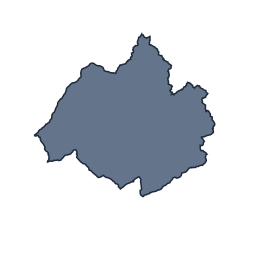 outline of Langkho, Shan, Myanmar, rotated 233°
{"feature_id": "60261553B57199101523672", "entity_name": "Langkho", "entity_type": "district", "adm_level": 2, "iso_a3": "MMR", "parent_name": "Myanmar", "parent_adm1": "Shan", "projection": "albers", "projection_center": [98.032, 20.27], "detail": "fine", "context": "isolated", "style": "filled", "palette": "slate", "viewbox_px": 256, "rotation_deg": 233, "n_neighbors": 0, "source": "geoboundaries", "source_scale": "gbopen_adm2", "svg_char_len": 5857}
<svg xmlns="http://www.w3.org/2000/svg" viewBox="0 0 256 256"><g transform="rotate(233 128 128)"><path d="M107.5,212.5L109.2,212.0L110.1,212.1L111.1,212.7L111.2,212.3L113.0,211.5L114.3,211.2L116.7,209.8L117.4,210.3L118.7,210.3L118.8,209.6L120.1,209.3L120.3,208.3L120.1,206.5L120.3,205.6L119.9,205.2L120.9,205.1L121.2,204.6L122.5,204.7L123.2,205.3L123.6,205.0L124.5,204.9L125.2,204.6L126.0,204.8L127.0,203.9L127.6,204.0L127.7,203.2L128.6,202.9L128.2,202.2L128.0,201.3L126.9,200.4L127.1,199.8L126.5,198.7L127.1,197.3L126.2,195.5L126.0,194.4L126.7,194.1L126.5,192.9L127.2,191.1L127.0,190.7L127.4,189.1L127.1,188.4L127.0,186.7L127.7,185.2L127.0,184.6L128.1,184.2L128.7,183.6L128.7,183.3L129.6,184.6L130.3,184.8L130.9,183.9L132.7,184.0L132.9,184.4L132.7,185.9L133.7,186.4L134.7,188.5L136.1,188.3L136.3,187.8L137.2,187.6L138.4,186.7L139.0,186.7L139.1,187.1L141.2,188.6L142.4,188.7L143.4,189.9L144.1,189.9L144.2,191.3L145.1,192.5L145.8,192.6L146.2,193.3L147.3,193.4L147.8,194.1L148.3,194.3L149.2,193.9L149.6,194.1L149.7,194.8L150.4,196.0L149.8,197.7L150.1,198.5L151.1,199.4L151.5,200.1L151.9,200.2L153.0,200.1L153.5,199.6L154.2,199.4L154.8,199.5L156.4,199.1L156.8,199.5L157.4,199.0L158.1,198.8L160.3,197.5L161.2,198.2L161.4,198.1L161.7,197.3L162.0,197.3L162.3,197.8L162.8,198.1L165.0,198.1L165.5,198.5L165.9,197.9L167.9,196.6L168.9,196.9L169.7,198.0L170.8,198.4L171.8,198.1L173.4,198.9L175.6,198.1L177.0,198.0L177.8,197.4L180.9,196.2L181.3,195.3L182.3,195.5L184.8,198.1L184.8,198.5L186.6,199.5L187.2,200.3L188.0,200.6L188.0,199.6L188.6,197.8L188.5,196.8L189.7,196.4L190.7,195.6L193.1,196.1L193.6,195.2L194.8,195.6L193.5,192.6L193.9,191.9L194.0,191.3L192.1,188.9L191.6,187.8L190.1,186.6L189.3,186.6L188.3,185.8L188.4,184.8L189.3,183.5L189.0,180.6L188.3,180.2L187.7,179.0L187.2,179.0L186.9,178.6L186.4,178.8L185.1,178.0L185.1,177.1L185.5,176.7L185.6,175.9L184.3,175.0L183.4,175.0L182.9,174.5L182.9,172.8L181.9,171.7L181.2,171.7L181.2,171.4L181.6,170.9L181.9,169.3L181.7,168.8L181.9,168.4L181.4,167.9L181.7,167.3L181.5,166.4L180.9,165.6L180.9,164.3L181.9,162.3L182.3,160.4L183.0,159.9L183.0,159.2L182.3,158.1L182.1,156.5L180.6,154.3L180.4,152.6L179.0,151.3L179.5,150.5L180.8,149.7L181.1,149.0L182.5,147.5L184.9,146.1L186.7,144.3L188.1,143.5L190.7,144.3L191.5,144.4L192.9,143.9L194.9,142.7L195.7,141.5L196.7,140.8L197.7,140.2L200.1,139.5L201.3,138.6L202.1,136.7L201.5,134.3L201.5,132.5L201.8,131.1L201.8,130.2L202.6,127.9L202.7,126.6L202.2,125.6L200.4,123.4L197.6,121.7L197.1,121.0L196.7,117.7L196.1,116.6L196.0,115.5L196.4,112.3L197.4,111.0L197.5,110.3L197.5,108.2L197.1,106.7L197.0,104.5L196.6,102.7L195.2,101.3L193.2,98.0L193.2,96.7L192.5,95.6L192.1,94.3L191.5,93.2L191.4,92.7L191.8,91.8L190.7,87.8L190.1,86.7L189.5,86.4L188.4,84.9L187.1,82.0L185.3,79.4L185.0,78.7L185.0,77.3L184.6,75.8L183.2,74.1L181.7,73.0L181.4,72.2L181.4,70.9L180.1,69.0L180.1,65.6L180.5,64.5L179.9,63.6L179.5,61.2L179.7,59.7L179.3,58.0L179.7,57.0L179.6,55.6L179.3,54.6L178.7,54.0L178.6,53.2L178.6,49.1L177.6,49.0L177.4,49.5L177.0,49.6L176.9,50.6L176.4,51.7L174.5,51.3L173.7,52.2L171.4,51.0L169.7,50.6L168.4,50.5L166.9,50.8L163.8,50.4L162.4,50.0L162.1,49.3L161.5,48.8L160.0,48.5L158.4,48.8L157.5,49.3L156.0,49.3L155.8,48.8L155.1,48.8L154.6,48.1L152.8,47.9L152.1,47.4L151.8,46.8L150.5,46.0L150.0,44.0L149.3,43.3L148.2,46.5L147.2,47.2L146.8,48.1L146.8,49.4L146.4,49.5L144.5,52.9L143.9,52.8L142.8,54.8L142.8,55.7L143.3,56.6L143.3,58.1L143.9,60.0L144.0,61.8L143.2,62.9L141.9,66.0L141.9,67.2L142.3,68.4L142.2,69.4L142.8,70.3L143.1,71.4L141.9,73.2L140.1,72.9L138.8,72.3L138.7,71.7L138.2,71.2L137.5,71.1L137.1,71.3L136.3,70.7L135.8,69.5L135.3,69.4L129.7,69.8L126.3,70.8L125.2,72.1L122.7,72.1L121.2,72.5L119.4,72.5L118.3,71.8L117.5,71.7L116.7,72.4L115.5,72.9L112.8,73.1L109.5,74.0L106.8,74.3L106.2,74.7L105.5,76.1L105.5,77.0L105.1,77.6L105.1,79.8L103.2,80.2L101.7,80.7L100.9,81.7L97.3,83.7L96.4,84.0L95.4,83.8L94.7,84.0L94.0,84.5L90.9,84.6L90.3,85.3L89.1,85.9L88.1,86.0L86.9,85.0L85.2,85.2L84.8,85.4L83.9,85.2L84.0,88.0L83.7,88.9L84.1,90.5L84.1,93.1L83.0,97.1L82.8,98.5L81.8,100.0L82.1,100.5L83.0,100.5L82.8,101.5L83.1,103.2L82.8,104.8L82.8,107.1L81.7,107.5L79.3,107.3L77.7,105.9L71.0,102.1L70.7,101.5L70.9,100.2L70.5,99.8L68.2,98.3L67.0,97.9L66.4,98.0L65.9,98.3L64.6,98.3L64.0,99.3L64.6,100.3L64.3,101.3L63.6,102.5L63.5,103.9L62.7,105.5L63.2,106.8L62.7,107.1L62.3,109.2L61.6,110.2L60.8,112.2L60.4,113.4L60.4,115.0L59.8,115.5L59.5,116.2L59.3,118.4L59.7,119.0L60.3,121.4L59.7,123.4L59.9,126.2L59.1,128.6L59.5,129.0L60.2,131.1L60.1,131.8L61.0,134.0L60.7,135.2L60.1,136.2L59.0,136.4L58.5,137.0L58.0,138.2L57.6,140.6L58.3,142.4L59.6,143.6L59.7,144.0L58.9,145.5L58.1,147.6L58.2,149.1L59.2,152.9L58.7,153.6L58.4,155.1L57.8,155.1L57.4,156.1L57.1,156.3L56.9,157.3L56.2,157.6L55.8,158.1L56.0,159.8L54.9,161.0L54.9,162.6L54.4,163.3L54.0,164.4L53.3,165.1L53.5,165.4L53.8,168.8L54.2,169.3L54.6,170.7L56.0,171.6L57.6,171.9L58.6,172.8L59.6,174.3L59.5,175.3L60.1,175.1L60.8,175.3L61.9,175.1L63.2,174.5L65.0,174.2L65.7,172.8L66.2,172.6L67.1,173.1L68.0,173.2L69.0,173.9L69.9,175.1L70.7,175.2L69.2,177.1L69.8,178.4L70.8,179.2L71.4,180.9L74.7,181.1L75.5,180.8L76.5,181.1L76.6,181.3L76.0,182.2L75.1,183.4L74.8,185.4L73.7,188.4L73.1,189.5L72.9,191.0L73.1,191.8L73.0,193.3L73.4,193.9L74.4,194.1L75.0,194.9L75.6,194.8L76.6,195.2L76.4,195.6L76.5,196.0L77.4,196.4L78.0,197.2L77.8,198.0L78.1,198.8L79.0,199.7L79.4,199.6L79.8,200.0L80.4,200.1L82.5,200.3L83.2,199.9L83.9,200.4L84.3,200.4L86.1,201.9L86.6,201.8L87.6,200.9L88.0,200.8L89.5,202.2L90.8,202.2L92.2,202.5L93.8,202.3L94.2,201.8L94.2,201.2L93.9,200.5L94.2,200.2L94.9,200.6L95.3,201.1L96.2,201.1L97.4,201.7L98.4,202.8L99.8,203.7L100.5,203.2L102.1,203.0L103.3,202.6L103.8,202.6L104.7,203.7L106.2,204.0L106.9,205.1L107.0,205.5L106.2,206.3L106.5,207.2L105.8,208.3L106.9,209.9L107.1,210.5L107.0,211.2L107.5,212.5Z" fill="#64748b" stroke="#1e293b" stroke-width="1.5"/></g></svg>